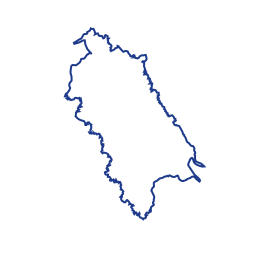 the district of Porto Estrela, Mato Grosso, Brazil, rotated 299°
{"feature_id": "56859067B85478740045964", "entity_name": "Porto Estrela", "entity_type": "district", "adm_level": 2, "iso_a3": "BRA", "parent_name": "Brazil", "parent_adm1": "Mato Grosso", "projection": "mercator", "projection_center": [-57.219, -15.53], "detail": "fine", "context": "isolated", "style": "outline", "palette": "blue", "viewbox_px": 256, "rotation_deg": 299, "n_neighbors": 0, "source": "geoboundaries", "source_scale": "gbopen_adm2", "svg_char_len": 5859}
<svg xmlns="http://www.w3.org/2000/svg" viewBox="0 0 256 256"><g transform="rotate(299 128 128)"><path d="M125.2,60.9L124.5,62.6L125.3,62.8L124.8,64.6L126.8,66.8L128.4,67.0L129.0,67.5L129.7,69.9L130.9,71.0L130.3,71.8L129.4,71.9L128.8,72.8L130.2,72.9L127.3,75.3L126.2,75.3L125.4,74.7L124.5,74.9L124.1,76.9L122.8,75.8L122.7,74.5L121.8,74.8L121.0,74.5L120.2,75.4L120.2,76.2L118.6,75.4L118.6,76.9L117.1,75.2L116.3,75.0L115.2,75.6L112.7,76.6L111.9,79.6L111.8,80.7L112.0,83.6L112.6,85.4L112.6,86.3L111.7,88.0L110.0,89.3L110.4,90.1L111.4,90.1L111.8,90.9L112.7,89.9L113.5,90.2L114.0,91.2L113.2,92.9L113.1,94.4L112.1,94.4L111.1,95.5L110.2,95.7L109.4,96.2L108.1,96.0L106.5,97.4L105.7,96.8L105.4,96.2L104.8,97.1L105.2,97.8L105.3,98.6L106.1,99.5L106.5,100.9L107.3,100.2L107.0,101.5L107.7,102.4L107.3,103.9L108.8,105.0L109.0,105.9L108.3,106.5L108.1,107.5L106.8,107.4L105.8,107.9L106.9,108.6L107.1,109.4L106.1,110.8L105.1,111.0L104.5,111.8L103.6,110.9L101.3,112.3L100.5,113.4L101.3,113.4L101.9,114.3L100.5,115.1L99.2,115.3L98.1,115.1L97.0,115.6L96.3,116.4L94.5,116.0L93.9,116.8L93.6,118.1L94.7,118.5L95.4,120.9L95.5,122.5L95.3,123.7L94.0,124.1L94.2,125.3L93.3,125.0L93.9,126.8L93.4,127.3L93.1,128.3L92.2,129.2L91.2,128.6L90.5,129.2L90.0,128.3L89.0,128.5L87.9,129.2L86.6,128.8L86.6,130.1L85.7,129.6L84.8,128.3L83.8,128.9L82.6,128.8L82.6,129.8L81.7,129.8L81.9,130.9L81.3,131.6L79.1,130.5L78.8,129.6L78.0,129.3L76.7,130.5L76.5,131.5L77.6,133.2L75.5,134.1L76.1,135.0L76.2,136.0L75.1,137.8L74.1,137.4L73.4,137.7L73.8,139.1L76.0,140.3L75.6,141.1L74.5,141.5L73.8,142.3L74.5,143.4L75.1,143.0L76.8,142.7L75.6,144.5L75.8,145.4L75.5,146.3L76.5,146.1L76.9,147.4L76.0,148.5L75.2,148.9L74.8,149.8L73.3,149.6L72.4,150.8L70.7,151.5L71.1,152.5L70.2,154.7L69.0,154.6L68.1,155.6L66.4,155.1L65.4,156.0L64.5,156.1L64.6,154.9L63.8,154.7L63.5,156.0L62.4,156.5L61.4,157.9L61.5,158.9L61.1,160.5L61.8,161.7L64.0,161.8L64.6,162.3L63.9,164.6L63.1,165.8L61.9,166.1L62.9,167.0L62.5,169.0L63.2,169.5L62.8,170.4L61.3,169.1L60.4,169.1L59.2,171.5L58.1,171.8L58.4,173.1L58.0,173.8L56.6,173.9L55.8,175.2L57.8,175.4L58.1,176.3L56.4,177.7L56.3,178.6L59.1,179.1L58.4,179.9L57.0,179.8L55.7,181.8L56.0,183.4L55.5,185.5L56.6,185.7L57.4,186.8L58.6,187.0L59.2,186.4L60.9,186.9L60.5,185.3L61.8,185.2L63.3,185.6L63.6,187.1L65.5,188.1L66.0,186.9L67.0,186.9L66.9,188.0L68.9,186.9L69.9,186.6L71.9,187.2L72.7,187.8L73.8,187.6L74.3,186.3L75.3,185.9L76.6,186.0L78.1,185.1L79.4,184.9L80.9,184.0L84.7,178.7L87.5,178.5L89.4,179.1L92.4,177.2L93.6,177.3L96.1,179.0L99.1,180.1L101.4,182.6L103.0,183.3L104.1,184.8L105.0,185.2L105.3,186.8L106.6,187.1L106.9,188.6L106.8,190.4L107.8,192.5L110.3,194.2L110.3,195.0L109.5,196.1L108.6,196.8L107.9,198.3L107.8,200.8L108.2,201.7L108.7,202.3L110.5,203.9L111.2,204.4L112.0,204.5L114.4,206.6L116.4,207.6L117.3,208.7L117.2,211.0L116.5,212.4L115.8,216.4L116.7,216.6L117.7,215.6L118.2,214.2L119.4,209.0L119.8,208.0L124.0,199.9L124.7,198.7L126.0,198.1L130.6,197.6L131.8,197.7L132.9,198.5L132.7,199.4L129.9,202.5L129.3,204.6L129.3,207.2L129.8,209.8L130.2,211.6L131.3,213.3L131.7,212.2L132.3,209.0L131.8,205.8L131.8,203.1L133.9,201.3L136.6,200.0L136.8,199.2L137.7,198.9L138.7,199.0L139.5,198.3L140.4,196.7L142.1,196.1L142.9,195.2L143.7,193.6L143.2,192.5L143.1,191.5L144.4,188.3L144.3,187.2L144.8,186.0L147.5,182.9L148.4,181.0L149.2,180.4L149.2,179.3L151.2,177.3L154.5,171.9L154.3,170.6L153.9,169.8L154.0,168.8L153.4,168.2L153.4,167.1L155.0,164.7L155.9,164.8L156.6,165.8L157.6,166.2L158.0,165.4L158.9,165.1L158.7,163.9L159.6,163.1L160.6,160.6L159.7,159.5L158.3,158.5L157.9,157.6L159.1,156.8L158.7,156.0L160.1,155.3L159.8,154.3L160.8,153.5L160.7,152.5L161.5,152.4L162.0,151.7L162.0,150.4L163.2,150.3L163.9,149.4L163.5,147.9L164.8,146.0L165.6,145.4L164.9,144.5L165.1,143.7L166.1,143.4L165.8,142.7L166.6,142.6L167.4,142.1L167.2,140.5L168.9,140.5L168.6,139.2L169.5,138.8L171.4,139.2L171.4,138.3L172.2,138.7L173.7,137.7L173.0,136.2L174.4,134.0L174.0,132.1L173.3,131.5L172.4,131.5L171.3,130.8L172.2,130.4L173.4,130.2L172.8,129.0L173.7,128.6L174.9,129.0L175.9,128.8L176.6,128.0L177.9,128.0L178.7,127.5L177.4,125.4L178.9,125.7L179.8,125.4L179.5,124.3L180.1,123.6L181.5,123.6L181.8,122.8L181.2,122.2L180.9,121.5L182.3,121.3L183.9,119.6L183.7,118.9L184.4,118.2L183.9,117.3L183.2,117.0L182.7,116.2L183.7,116.1L185.3,116.6L184.9,115.1L186.3,115.6L186.2,114.6L187.5,114.6L190.2,111.7L191.8,111.2L192.7,110.6L192.8,108.4L193.6,108.6L194.2,110.2L196.0,110.9L197.2,110.9L198.7,109.8L200.5,108.0L198.7,105.9L198.4,105.0L197.2,104.0L195.8,103.4L194.9,103.5L193.8,102.9L193.3,102.3L193.3,101.4L192.8,100.4L193.5,99.6L192.6,98.5L193.4,98.7L194.6,98.4L194.5,97.6L192.6,96.6L191.9,95.4L193.0,94.2L193.2,93.1L194.1,91.4L194.8,90.8L194.4,88.8L193.7,88.0L192.4,87.0L192.8,85.3L193.6,83.0L194.0,82.3L194.1,81.2L194.9,80.1L194.7,79.1L193.8,79.7L193.0,79.5L191.4,78.1L190.4,78.1L189.3,77.5L187.0,75.8L187.6,74.8L189.1,74.6L189.8,73.6L191.0,74.2L192.2,73.4L192.6,71.9L192.4,70.6L193.1,70.0L192.9,69.1L194.0,68.8L194.7,68.3L195.2,67.4L197.1,67.8L196.8,66.4L198.5,65.6L198.4,63.4L197.5,62.9L195.9,63.7L194.9,63.4L194.4,62.9L195.8,60.6L195.4,59.5L194.6,58.4L194.9,57.3L196.1,55.9L195.6,55.0L193.9,53.7L194.8,53.6L196.8,51.4L197.9,49.8L197.1,48.4L197.1,47.2L194.9,47.5L192.0,45.8L191.2,46.4L190.2,46.2L189.2,44.5L188.2,43.9L183.7,43.8L181.1,42.0L179.7,41.4L176.3,39.4L175.6,40.2L176.3,41.0L179.2,43.8L182.3,45.9L183.1,46.6L183.7,47.7L180.3,50.3L177.3,54.2L175.2,60.3L175.2,58.9L174.7,58.0L174.1,57.5L173.3,57.4L172.4,56.7L168.1,56.2L167.2,55.7L165.8,53.7L162.6,54.1L161.6,53.9L158.1,52.4L157.5,51.8L156.4,49.2L155.2,48.4L153.9,48.6L149.2,50.5L147.8,51.5L145.6,53.7L142.1,55.7L139.3,55.2L138.4,55.3L136.4,56.2L135.0,58.0L132.5,58.4L129.4,58.0L128.3,57.7L127.6,57.1L125.3,57.5L126.3,58.6L127.2,58.0L127.0,59.0L126.0,59.8L125.2,60.9ZM125.2,60.9L124.2,59.9L123.9,61.0L125.2,60.9Z" fill="none" stroke="#1e3a8a" stroke-width="2"/></g></svg>